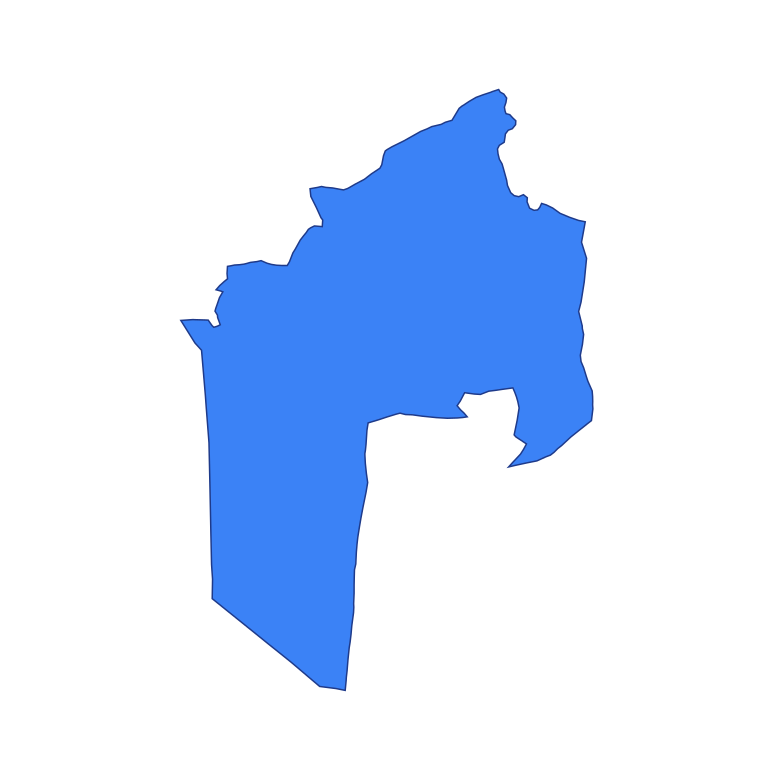 Sinjar, Ninawa, Iraq (Albers equal-area conic projection), rotated 279°
{"feature_id": "34846034B46284853096134", "entity_name": "Sinjar", "entity_type": "district", "adm_level": 2, "iso_a3": "IRQ", "parent_name": "Iraq", "parent_adm1": "Ninawa", "projection": "albers", "projection_center": [41.933, 36.336], "detail": "fine", "context": "isolated", "style": "filled", "palette": "blue", "viewbox_px": 768, "rotation_deg": 279, "n_neighbors": 0, "source": "geoboundaries", "source_scale": "gbopen_adm2", "svg_char_len": 3164}
<svg xmlns="http://www.w3.org/2000/svg" viewBox="0 0 768 768"><g transform="rotate(279 384 384)"><path d="M575.7,557.4L576.0,550.6L577.7,541.1L580.1,531.2L584.2,523.1L586.3,516.2L587.0,511.4L582.8,510.2L580.0,508.5L579.0,505.0L580.4,500.3L586.3,496.8L590.4,496.4L592.8,492.1L590.1,487.8L590.4,483.1L592.8,479.2L599.4,474.9L604.6,473.2L609.4,471.0L616.0,468.0L619.8,466.2L624.0,462.8L629.2,460.6L634.0,459.3L637.8,460.6L641.6,464.9L646.2,464.9L650.0,464.8L654.1,467.0L656.2,470.8L660.7,473.4L664.6,473.0L667.0,469.5L669.7,466.1L670.1,462.2L672.5,460.9L676.3,459.6L681.1,460.4L685.6,460.4L689.1,457.0L690.5,453.1L692.8,451.2L689.8,445.3L688.8,443.7L685.2,436.7L681.5,430.1L676.6,424.1L674.5,421.8L672.0,419.1L670.7,417.5L668.0,415.1L655.1,409.9L652.1,403.6L649.4,399.9L645.7,390.9L642.7,386.6L639.2,380.7L637.3,378.3L627.1,365.4L619.6,354.8L616.1,350.5L614.4,348.8L609.4,347.8L600.2,347.5L596.5,346.2L589.8,338.9L583.1,332.6L576.9,324.3L572.5,318.9L572.2,318.5L571.3,317.3L569.4,313.7L569.4,310.7L569.6,302.7L569.1,295.7L569.3,291.4L567.7,287.4L565.3,280.4L562.6,281.1L557.8,282.4L547.4,289.8L538.3,295.8L536.4,297.8L529.8,298.4L529.2,290.5L526.8,287.1L524.9,285.1L521.4,283.5L518.0,281.5L513.1,278.8L503.2,275.2L499.2,273.5L489.9,271.5L485.9,269.9L485.1,264.9L484.5,259.2L484.5,254.2L485.0,249.6L486.6,243.3L485.0,239.3L483.2,233.0L481.6,229.6L480.5,227.0L479.2,222.6L478.1,217.7L476.7,214.0L475.7,211.0L468.5,211.7L463.4,213.0L460.4,210.3L455.6,206.4L450.8,203.4L450.3,208.0L449.8,210.4L443.6,208.0L436.1,206.7L432.4,206.0L429.5,205.7L426.0,208.7L423.6,209.3L416.9,213.0L415.0,210.3L413.4,207.0L414.8,205.0L418.2,201.7L419.6,200.4L419.3,197.7L418.0,187.7L417.7,185.1L415.0,173.4L394.9,190.9L388.8,198.5L344.6,209.4L333.0,212.1L298.7,220.3L257.9,227.7L208.7,236.5L178.8,241.9L164.4,245.2L145.1,247.9L117.2,296.5L109.3,310.2L94.8,335.6L75.2,367.8L75.7,384.3L75.3,393.6L85.2,393.0L88.2,392.7L94.9,392.4L106.7,391.5L118.2,390.9L123.8,390.9L131.6,390.6L140.2,390.0L153.3,389.7L158.9,389.1L162.2,388.4L172.6,387.2L180.9,385.9L188.2,384.9L195.9,383.9L201.8,384.3L213.6,383.0L221.9,382.4L228.6,382.1L238.8,382.1L248.2,382.2L258.6,382.5L274.4,383.2L284.1,383.3L292.9,380.6L302.6,378.0L310.1,376.4L312.2,376.0L316.0,376.0L321.4,375.7L335.6,374.4L343.1,374.4L347.9,384.4L351.9,392.1L356.1,400.7L357.7,404.4L357.2,410.0L358.0,416.7L358.2,426.7L359.0,441.0L360.1,452.0L361.4,458.9L361.9,461.6L363.3,467.3L364.6,471.3L367.8,467.6L370.5,463.6L374.0,459.6L377.0,461.0L379.1,462.0L388.0,465.0L388.2,474.6L388.8,480.9L393.3,488.6L395.2,495.2L397.3,501.9L400.3,511.9L396.2,514.5L391.9,516.9L387.6,518.9L381.5,521.2L368.8,521.2L354.1,520.5L352.4,522.5L347.1,534.1L341.4,532.1L336.1,529.8L326.7,523.4L321.6,520.1L324.1,526.2L328.4,537.3L332.0,547.1L337.3,555.1L339.8,559.5L343.1,562.6L347.4,565.7L351.3,569.3L358.1,574.6L361.0,576.9L368.8,584.0L376.0,590.6L380.3,594.6L392.1,594.2L396.1,593.3L399.3,592.9L404.3,592.0L409.7,590.7L418.7,584.9L423.0,582.7L431.2,578.7L437.0,575.1L443.1,573.4L454.2,573.8L464.2,573.4L469.9,571.2L472.4,570.7L486.1,564.9L495.7,565.8L516.2,565.8L539.8,564.4L554.9,556.9L571.0,557.3L575.7,557.4Z" fill="#3b82f6" stroke="#1e3a8a" stroke-width="1.5"/></g></svg>